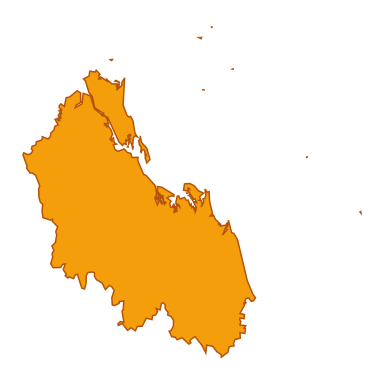 outline of Gladstone, Queensland, Australia
{"feature_id": "25037944B21166714819483", "entity_name": "Gladstone", "entity_type": "district", "adm_level": 2, "iso_a3": "AUS", "parent_name": "Australia", "parent_adm1": "Queensland", "projection": "equal_earth", "projection_center": [151.305, -24.018], "detail": "fine", "context": "isolated", "style": "filled", "palette": "amber", "viewbox_px": 384, "rotation_deg": 0, "n_neighbors": 0, "source": "geoboundaries", "source_scale": "gbopen_adm2", "svg_char_len": 5963}
<svg xmlns="http://www.w3.org/2000/svg" viewBox="0 0 384 384"><path d="M84.6,289.0L86.2,282.8L86.2,275.7L88.0,272.5L92.0,272.0L94.4,272.6L94.5,276.4L96.4,279.6L102.1,283.0L105.4,289.6L109.2,285.5L111.7,286.6L114.2,290.5L111.8,297.7L112.3,305.0L114.2,305.6L119.0,303.5L119.4,301.6L123.8,300.9L123.2,309.6L122.0,311.1L123.9,322.2L120.3,321.5L118.0,323.8L118.3,325.4L122.3,323.5L127.6,330.4L131.0,327.8L135.4,330.8L137.4,326.4L142.2,326.2L146.3,318.2L152.0,319.6L152.6,315.6L155.8,314.9L157.6,311.6L156.2,308.5L160.0,310.0L161.5,303.4L163.2,302.7L165.0,304.5L165.3,309.0L168.1,312.4L167.6,314.9L170.9,316.4L173.5,320.0L173.4,326.0L171.0,330.7L169.1,331.2L171.8,336.8L175.2,337.2L177.2,339.8L182.0,337.6L188.9,344.1L190.9,342.8L189.8,340.9L190.8,339.5L195.0,336.6L201.8,345.1L205.8,352.9L206.7,345.2L212.7,346.3L216.8,351.7L221.1,354.5L221.3,357.2L227.9,352.2L229.2,346.7L234.1,345.8L233.5,343.6L234.9,339.5L240.3,338.2L240.0,332.6L244.8,333.5L245.4,328.3L244.1,328.1L245.7,325.7L239.9,325.0L240.9,321.6L239.7,319.8L240.0,318.1L244.1,318.7L244.5,314.5L239.9,313.5L244.3,305.5L244.0,303.9L245.3,303.7L244.2,302.8L245.8,302.4L244.9,300.8L246.2,298.3L248.6,298.1L251.4,301.4L253.7,300.7L255.5,297.7L253.1,294.7L247.3,280.9L237.5,239.6L233.8,233.3L231.6,232.7L228.4,220.2L227.8,225.8L225.6,228.8L227.2,229.7L222.5,235.0L226.7,224.9L220.4,226.1L218.0,223.6L221.1,224.8L215.4,219.4L213.6,215.3L212.2,214.4L212.7,215.1L212.3,215.9L210.1,216.0L212.5,213.4L209.6,201.2L209.1,191.6L207.3,192.2L204.9,189.0L205.9,195.2L204.9,198.3L202.8,199.0L203.9,201.5L201.3,207.0L202.1,203.0L201.3,200.7L199.2,200.4L200.6,199.5L199.5,196.8L203.6,193.1L198.4,190.8L194.5,186.0L189.9,183.5L184.5,183.9L183.5,190.2L187.6,191.1L188.2,188.1L189.1,188.6L188.9,187.7L189.5,188.9L188.5,188.3L188.1,190.7L190.3,194.2L188.8,195.3L191.1,195.2L193.8,199.4L195.2,198.9L196.5,202.7L193.1,201.2L196.2,207.3L195.9,210.5L195.3,211.9L194.8,207.2L194.1,209.4L193.2,206.4L191.9,207.6L191.1,204.0L190.0,205.5L188.3,200.2L186.2,200.1L184.5,197.4L180.1,199.0L178.6,195.9L177.2,196.2L175.7,203.3L179.0,204.9L179.6,206.9L176.5,204.0L177.0,212.1L176.4,209.6L175.7,211.6L175.3,205.8L175.2,211.9L174.1,212.5L174.5,207.4L170.8,207.3L169.6,203.3L171.1,201.2L167.0,197.9L171.2,195.8L173.9,196.3L173.9,194.6L161.7,187.2L157.4,186.6L157.6,191.7L162.1,196.5L162.1,196.0L162.7,195.6L162.8,195.7L163.6,201.3L165.9,202.6L164.4,204.3L163.8,202.1L162.4,202.0L162.4,203.9L161.4,203.7L161.6,201.0L160.8,200.1L161.1,201.9L160.6,202.2L159.8,200.5L160.1,196.3L157.9,193.9L158.6,198.4L157.7,200.8L158.6,201.6L157.4,204.8L154.8,198.1L156.6,194.0L155.2,185.7L145.9,175.2L143.7,174.6L138.0,161.4L137.7,157.7L138.7,157.3L131.9,157.5L130.9,153.4L127.3,152.5L124.3,148.9L117.9,151.4L114.7,149.0L113.4,144.6L116.5,144.1L114.2,142.5L113.5,137.8L112.0,138.8L111.8,141.1L110.1,139.2L112.6,134.4L111.2,130.3L108.3,125.8L107.3,126.9L106.9,127.0L106.9,125.1L105.4,125.6L104.6,125.1L105.9,124.3L105.3,124.2L104.8,123.4L108.6,123.9L106.6,118.1L104.6,115.9L101.3,115.7L102.6,115.4L94.4,108.8L90.4,95.9L83.2,93.3L82.0,103.9L75.2,107.7L76.3,104.9L80.6,102.5L80.6,92.9L77.2,90.8L69.6,96.9L66.1,97.8L64.4,106.5L60.9,103.9L59.3,105.5L59.2,107.5L61.6,109.7L58.4,110.6L61.1,111.2L61.6,114.0L60.5,114.6L60.0,112.5L58.2,115.6L59.4,117.4L60.6,115.4L60.7,118.3L57.9,118.3L59.8,120.3L58.4,121.0L57.7,119.0L55.0,119.3L58.1,124.9L55.0,126.1L53.8,130.2L50.8,133.0L50.3,136.7L48.1,139.0L42.2,136.7L42.6,138.4L40.9,140.4L36.4,141.7L35.9,145.0L32.2,146.2L31.4,148.8L32.8,150.8L30.7,153.8L27.6,154.6L23.8,152.8L23.0,155.0L27.1,166.2L26.6,168.1L30.1,173.2L32.1,172.8L35.7,175.4L39.7,185.7L38.6,189.6L39.0,197.4L40.2,201.9L42.7,204.4L42.0,211.3L43.0,217.7L50.6,220.1L52.5,219.3L52.3,221.2L57.6,226.7L55.8,231.8L56.7,234.9L55.3,242.7L51.9,246.0L53.9,250.4L52.1,253.6L52.7,257.2L50.7,263.8L53.2,267.7L60.6,267.5L62.5,264.5L65.3,263.8L63.2,269.7L66.3,274.2L65.2,275.8L67.9,278.0L69.1,276.9L73.5,278.6L75.2,275.0L77.4,274.2L81.8,288.1L84.6,289.0ZM130.7,137.8L129.4,140.9L132.6,145.0L133.5,137.4L135.1,135.8L137.4,136.9L135.0,133.2L132.9,120.8L130.6,116.3L128.8,117.0L126.8,115.0L123.1,104.9L124.6,77.9L122.0,82.2L121.8,85.4L116.4,90.3L117.9,88.1L116.4,88.1L118.0,87.3L116.5,86.9L116.3,85.9L118.3,86.4L117.7,85.4L118.9,85.7L119.4,84.0L111.9,83.8L106.7,79.4L107.2,81.2L100.9,77.1L100.7,78.8L98.7,78.9L99.5,77.7L98.6,75.8L100.0,74.3L96.2,70.2L95.3,72.0L89.8,71.2L89.0,76.1L83.5,78.9L85.4,80.9L89.1,92.9L92.3,96.5L94.7,107.7L101.8,112.4L102.6,115.1L103.6,113.4L103.8,115.3L107.8,117.6L119.0,142.0L122.6,145.5L123.4,143.5L126.2,144.4L125.7,140.3L126.2,138.8L126.3,141.3L128.8,139.8L127.6,135.9L129.2,134.7L128.9,136.5L130.5,134.8L130.9,135.4L129.0,136.8L129.3,140.6L130.7,137.8ZM145.2,158.1L146.8,162.9L150.0,159.5L146.8,148.3L141.5,142.4L140.2,135.8L140.2,138.8L138.7,140.7L139.5,145.2L141.3,146.9L140.8,150.9L143.6,149.6L144.7,150.7L145.2,155.7L146.0,154.5L146.3,154.7L145.2,158.1ZM156.4,199.4L157.3,198.5L156.5,196.0L155.2,197.7L156.4,199.4ZM199.0,37.6L201.1,38.7L201.6,37.5L199.0,37.6ZM172.8,206.1L174.0,206.3L174.5,205.1L173.5,204.3L172.8,206.1ZM191.1,198.3L192.5,199.6L193.0,198.6L192.5,197.5L191.1,198.3ZM111.3,60.5L113.1,59.3L110.3,59.7L111.3,60.5ZM360.0,212.0L361.0,213.2L360.8,211.6L360.0,212.0ZM191.1,197.4L191.2,196.1L189.9,196.2L191.1,197.4ZM161.2,196.3L162.5,199.2L162.9,199.8L163.0,198.7L161.2,196.3ZM128.4,141.4L128.8,144.1L129.0,143.9L128.4,141.4ZM160.3,198.0L160.6,200.4L160.5,196.7L160.3,198.0ZM132.1,145.9L132.4,147.0L132.8,149.6L133.2,146.5L132.1,145.9ZM120.1,82.4L115.7,80.4L114.9,81.1L120.1,82.4ZM203.8,89.7L202.1,89.7L203.9,89.9L203.8,89.7ZM141.2,151.3L141.0,153.3L141.7,151.1L141.2,151.3ZM226.5,223.4L226.8,224.2L227.4,223.1L226.5,223.4ZM233.9,69.2L232.9,68.8L232.5,69.0L233.9,69.2ZM127.5,146.9L128.2,147.0L127.9,146.2L127.5,146.9ZM306.1,157.8L307.1,157.2L307.3,156.8L307.1,156.7L306.1,157.8ZM210.9,27.7L211.9,27.2L212.1,27.0L211.8,26.8L210.9,27.7ZM186.8,193.4L188.4,193.2L186.7,193.0L186.8,193.4Z" fill="#f59e0b" stroke="#b45309" stroke-width="1.5"/></svg>